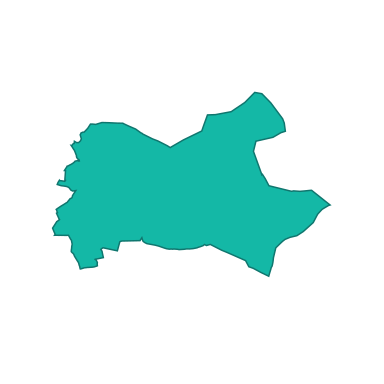 outline of Ikwerre, Rivers, Nigeria, rotated 117°
{"feature_id": "59680162B85189896765318", "entity_name": "Ikwerre", "entity_type": "district", "adm_level": 2, "iso_a3": "NGA", "parent_name": "Nigeria", "parent_adm1": "Rivers", "projection": "albers", "projection_center": [6.95, 5.081], "detail": "fine", "context": "isolated", "style": "filled", "palette": "teal", "viewbox_px": 384, "rotation_deg": 117, "n_neighbors": 0, "source": "geoboundaries", "source_scale": "gbopen_adm2", "svg_char_len": 4426}
<svg xmlns="http://www.w3.org/2000/svg" viewBox="0 0 384 384"><g transform="rotate(117 192 192)"><path d="M74.8,181.3L88.3,185.6L102.7,193.6L112.4,206.2L116.3,213.2L127.4,211.8L133.2,211.0L149.5,223.3L162.3,231.6L162.0,234.9L162.0,238.4L162.0,245.6L162.6,251.3L162.7,262.2L162.4,263.3L162.5,264.4L161.5,270.8L162.0,278.5L162.1,281.2L162.2,284.5L162.1,284.8L164.4,289.5L168.1,297.7L171.0,303.8L175.5,308.5L176.6,311.4L177.6,313.3L182.5,313.8L184.3,314.3L187.6,315.3L188.4,316.6L189.9,317.7L190.1,317.6L191.8,317.6L194.9,314.7L197.1,314.6L199.4,315.4L200.4,317.3L200.2,319.8L200.7,319.6L202.2,319.0L202.4,319.4L203.1,319.8L203.5,319.9L204.5,320.0L204.9,320.1L205.1,320.4L205.3,320.9L206.3,319.1L207.5,317.2L208.1,316.0L208.4,315.6L208.8,315.1L209.5,314.3L210.0,313.7L210.6,313.1L211.3,312.3L211.8,311.7L212.0,311.5L212.7,311.1L213.1,310.9L213.3,310.6L213.7,310.2L213.9,309.8L214.1,309.4L214.4,308.7L214.5,308.3L214.5,308.0L214.5,307.6L214.6,307.3L214.8,307.1L215.0,306.9L215.5,306.5L215.9,307.1L215.9,307.3L215.8,307.6L215.8,307.9L215.9,308.0L216.8,309.2L217.6,310.2L218.0,310.3L218.2,310.2L220.3,311.1L222.3,312.3L223.3,313.1L224.4,313.8L225.8,315.0L225.9,314.9L226.9,315.0L227.7,315.1L229.4,315.3L230.8,315.4L230.4,314.4L233.9,312.9L235.8,312.1L237.5,311.4L239.0,310.7L239.0,310.1L240.3,310.2L240.6,311.4L241.0,312.6L241.6,314.3L242.0,315.4L241.9,315.5L244.1,315.7L245.7,315.6L246.5,315.5L245.8,311.5L245.0,309.3L244.6,308.1L244.0,306.1L243.9,304.9L243.9,303.8L244.2,303.0L244.9,301.6L245.2,301.1L245.3,300.3L245.3,299.6L245.3,299.2L245.3,298.7L243.5,296.2L246.4,296.5L247.3,296.6L248.4,296.7L249.0,296.8L249.3,296.8L249.5,296.8L250.3,296.6L251.0,296.4L251.4,296.4L251.6,296.4L251.9,296.5L252.1,296.6L252.4,296.8L252.7,297.1L253.1,297.5L253.4,297.6L253.9,297.7L255.3,298.0L255.8,298.1L256.6,298.3L257.4,298.4L257.8,298.5L258.2,298.7L258.9,299.2L259.6,299.6L260.5,300.1L264.2,302.4L264.9,302.8L266.0,303.4L266.9,303.9L268.0,304.5L268.8,304.9L269.2,305.1L269.3,305.0L269.3,304.7L269.8,304.2L270.3,303.7L270.9,303.2L271.2,303.0L271.5,302.5L272.4,303.1L276.6,297.9L276.8,297.5L278.1,298.2L279.1,298.6L279.5,298.9L279.8,299.1L280.0,299.1L280.4,299.1L281.1,299.2L282.4,299.3L286.4,299.7L287.3,299.8L287.5,299.8L288.3,298.9L290.1,296.8L291.5,295.1L292.0,294.7L292.3,294.6L292.5,294.7L292.8,294.9L293.0,294.9L292.5,294.0L291.9,292.8L291.2,291.3L290.3,289.6L289.5,287.9L288.6,286.1L287.8,284.5L286.8,282.6L286.7,282.5L286.8,282.3L287.1,281.7L287.9,280.6L289.0,279.0L289.7,277.7L290.1,277.2L290.7,276.8L291.7,276.0L292.2,275.6L292.7,275.2L294.0,274.7L294.3,274.7L295.2,274.4L296.1,274.0L297.4,273.5L298.1,273.3L299.1,272.9L299.6,272.7L300.0,272.4L300.1,272.1L300.4,271.4L300.6,270.5L300.9,269.7L301.2,269.1L301.5,268.7L302.0,268.2L302.2,267.9L302.6,267.5L303.5,266.0L305.6,262.6L305.7,262.3L306.3,261.4L306.9,260.6L308.1,259.6L308.5,259.2L309.6,258.0L310.4,257.5L310.9,257.0L311.3,256.6L310.6,255.7L308.9,254.0L308.5,253.6L307.9,252.7L307.5,252.0L306.8,251.1L306.2,250.0L305.9,249.5L305.0,248.0L304.1,246.5L303.4,245.5L303.1,245.1L302.9,244.9L302.5,244.5L302.2,244.2L301.3,243.3L300.7,242.8L299.5,243.6L299.0,243.9L298.8,243.9L298.2,244.2L297.8,244.3L297.7,244.5L297.3,244.9L296.7,245.7L296.1,246.7L296.1,246.9L296.0,247.8L295.9,247.8L295.8,247.6L294.4,245.8L292.3,243.2L290.7,241.2L287.5,243.8L285.6,245.3L284.5,247.2L283.4,246.7L282.1,246.0L278.3,231.8L269.2,233.7L268.5,233.3L267.5,232.2L258.9,216.2L258.3,216.2L255.5,215.9L257.4,214.1L258.2,213.1L258.5,211.1L258.5,208.8L256.1,200.7L255.3,197.1L254.5,191.2L254.1,188.9L253.2,186.2L252.2,184.6L251.9,183.6L251.0,182.2L249.6,178.9L249.2,177.4L246.6,173.0L245.1,170.9L244.0,168.6L242.0,165.4L239.5,162.2L238.4,161.3L237.0,159.8L234.7,157.7L233.1,157.0L233.1,155.9L233.1,154.8L232.6,154.3L230.4,151.9L230.4,139.1L229.9,132.8L229.5,125.9L228.8,113.1L232.8,107.4L232.2,102.8L232.4,93.8L232.2,85.4L228.6,86.1L225.7,86.6L223.3,87.1L222.1,87.0L221.7,87.0L220.0,87.4L217.9,88.0L216.2,88.6L213.6,89.6L203.7,92.0L199.3,90.5L197.0,89.7L194.8,88.9L192.0,87.6L187.9,84.1L186.2,82.1L183.3,78.7L176.7,74.9L164.2,70.1L154.9,70.0L153.3,69.6L150.8,68.9L148.4,68.2L146.4,67.0L142.0,64.2L140.9,63.1L136.2,86.2L137.0,87.6L139.6,91.6L142.4,96.1L144.9,102.0L146.2,103.6L151.5,126.3L146.9,132.8L144.3,137.3L145.0,137.5L127.9,155.7L117.7,158.1L106.5,144.7L102.5,142.1L98.9,139.8L95.5,136.4L88.7,141.1L85.6,144.5L76.8,162.3L72.7,174.4L74.8,181.3Z" fill="#14b8a6" stroke="#0f766e" stroke-width="1.5"/></g></svg>